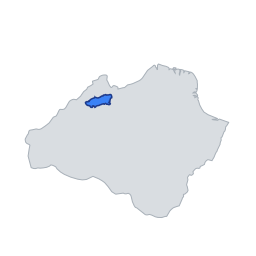 Bali, Taraba, Nigeria shown in context, rotated 201°
{"feature_id": "59680162B98222207712503", "entity_name": "Bali", "entity_type": "district", "adm_level": 2, "iso_a3": "NGA", "parent_name": "Nigeria", "parent_adm1": "Taraba", "projection": "albers", "projection_center": [10.998, 8.109], "detail": "fine", "context": "in_parent", "style": "filled", "palette": "blue", "viewbox_px": 256, "rotation_deg": 201, "n_neighbors": 0, "source": "geoboundaries", "source_scale": "gbopen_adm2", "svg_char_len": 7017}
<svg xmlns="http://www.w3.org/2000/svg" viewBox="0 0 256 256"><g transform="rotate(201 128 128)"><path d="M204.2,56.3L211.2,66.0L212.8,73.2L213.4,76.8L214.5,77.2L216.7,77.3L218.3,78.0L219.2,79.2L219.8,80.3L220.0,81.0L219.5,85.3L219.0,86.9L219.3,89.0L219.3,89.9L219.0,90.6L218.0,91.3L216.7,92.0L213.6,94.1L212.7,94.4L211.4,94.5L210.2,95.0L208.8,96.1L205.9,100.3L203.4,104.5L201.6,111.3L199.4,113.4L199.0,115.3L198.7,119.5L198.4,120.7L198.0,121.1L195.6,121.9L194.2,122.9L193.4,124.8L192.4,131.3L192.0,132.4L191.2,133.5L190.0,134.7L188.9,135.4L186.2,135.9L183.6,140.8L183.5,141.6L182.4,146.1L180.4,149.4L180.3,151.6L177.7,154.5L176.4,156.5L177.8,158.6L177.9,159.0L173.5,162.5L173.3,163.1L173.1,165.5L172.7,166.2L171.9,167.1L170.8,168.1L169.6,168.8L168.2,169.4L166.9,169.6L166.2,169.2L165.8,168.5L165.1,165.5L164.7,164.9L163.8,164.3L160.5,161.0L158.5,159.8L158.0,159.9L157.7,160.2L157.1,161.9L156.5,162.5L155.5,162.7L153.6,162.7L152.3,162.5L151.9,162.1L151.3,160.8L147.1,163.8L145.7,164.5L143.8,168.1L141.2,169.8L139.3,171.3L134.5,176.2L133.5,177.6L132.5,179.7L130.4,188.8L127.0,194.4L126.5,195.6L126.3,195.6L125.9,196.1L124.6,195.8L124.0,194.7L123.2,194.5L121.8,193.0L121.5,193.2L123.0,197.2L122.4,198.7L118.3,198.7L114.7,199.2L112.3,199.1L111.1,198.6L110.6,197.1L110.4,197.2L110.2,198.0L109.4,198.6L106.7,198.7L105.5,197.7L104.5,196.6L103.5,196.1L103.7,196.5L104.9,197.6L104.7,199.2L102.5,201.0L101.1,201.1L100.2,200.3L99.8,199.0L99.6,197.1L99.0,195.9L98.7,195.9L99.1,197.9L99.1,199.9L100.1,201.4L98.5,201.8L96.5,201.8L96.3,201.3L96.1,200.1L95.7,199.7L95.3,201.8L91.3,202.4L90.8,202.3L90.7,201.9L91.0,201.3L90.9,200.4L90.0,201.1L89.9,202.5L89.4,202.7L87.9,202.5L86.2,201.8L83.6,199.9L80.3,196.9L79.8,195.5L78.9,193.9L77.2,189.3L77.6,189.1L78.3,189.4L78.7,189.0L77.3,188.6L77.1,188.3L77.0,187.3L77.1,186.1L79.1,185.5L79.6,184.7L79.9,184.0L77.3,185.1L75.0,183.8L74.5,183.0L74.7,182.4L77.5,182.4L78.5,181.8L77.9,181.6L76.8,181.6L76.5,181.2L76.5,180.3L76.2,180.5L75.7,181.3L74.1,181.9L73.2,181.3L73.1,179.9L72.9,179.3L72.1,178.9L69.3,175.2L65.9,172.2L62.8,170.1L58.0,169.1L48.1,168.9L47.6,168.6L48.2,168.2L49.1,167.9L52.3,166.3L51.8,166.1L48.4,167.0L47.3,167.1L45.8,169.1L36.0,169.3L36.1,168.4L36.6,165.8L37.2,164.0L36.6,161.8L36.5,159.8L36.9,159.2L37.0,158.4L37.0,153.3L37.6,152.6L37.6,152.1L36.6,149.9L36.7,148.2L36.5,146.6L36.2,145.9L36.7,139.7L36.6,138.1L37.0,137.0L37.2,134.3L37.2,131.7L37.9,127.6L42.1,127.1L43.2,125.5L43.8,123.5L43.6,121.4L45.0,119.7L46.7,118.1L46.6,116.4L47.1,115.9L47.9,115.5L49.0,115.3L50.2,114.4L50.9,112.9L51.7,110.5L50.6,108.8L50.7,108.4L51.1,107.5L51.7,106.7L52.3,106.4L53.5,106.6L53.9,106.3L54.7,103.6L54.6,102.9L53.5,101.1L53.0,96.2L52.7,95.6L51.8,94.7L49.6,91.3L49.7,89.6L50.7,87.6L51.3,86.6L52.2,86.1L52.4,85.6L52.1,85.0L51.7,84.6L51.6,83.6L52.1,82.4L52.0,80.9L52.3,73.7L54.2,72.3L57.0,69.9L58.4,67.5L59.2,65.6L60.2,59.4L61.7,58.7L64.4,56.5L68.2,55.2L70.6,54.9L74.8,55.2L77.0,55.0L78.8,53.8L79.6,53.5L80.8,53.3L91.3,56.6L92.2,56.5L93.0,56.7L94.3,57.6L97.4,60.7L100.6,65.4L101.6,66.4L102.6,66.9L103.7,67.1L104.4,67.1L105.2,66.6L106.2,65.8L107.8,65.4L109.1,65.5L115.6,61.9L116.3,61.9L120.3,62.7L125.8,66.3L130.3,68.7L133.4,69.5L137.1,70.1L143.4,70.3L148.2,65.2L150.0,64.2L152.1,63.2L156.6,62.2L163.9,61.6L170.8,61.9L175.1,62.7L179.6,64.4L181.6,65.9L184.7,66.2L186.8,65.9L187.6,64.3L189.8,62.2L193.0,60.3L195.7,59.0L197.9,58.4L199.9,56.9L201.5,56.4L204.2,56.3ZM107.0,200.7L105.4,201.2L104.5,201.1L105.8,199.0L106.5,199.5L107.4,199.7L107.0,200.7Z" fill="#d9dde1" stroke="#a8b0b8" stroke-width="1"/><path d="M172.7,134.8L172.4,134.9L172.2,134.9L172.1,135.0L171.9,135.0L171.4,134.8L171.2,134.7L171.0,134.8L170.8,134.8L170.8,134.7L170.6,134.6L170.6,134.4L170.5,134.2L170.3,134.1L169.9,134.0L169.6,134.1L169.3,134.2L168.8,134.4L168.7,134.8L168.6,135.1L168.5,135.3L168.5,135.5L168.5,135.8L168.8,136.0L168.7,136.1L168.3,136.3L168.2,136.3L167.9,136.3L167.7,136.3L167.3,136.0L167.1,136.0L167.0,135.9L166.8,135.8L166.7,135.8L166.6,135.7L166.4,135.5L166.3,135.4L166.2,135.5L166.0,135.8L165.7,136.2L165.7,136.8L165.5,137.0L165.4,137.1L165.2,137.3L165.0,137.5L164.9,137.7L164.7,137.8L164.4,137.9L164.3,138.0L164.2,138.1L163.8,138.3L163.6,138.4L163.3,138.5L163.2,138.6L163.1,138.8L162.9,139.0L162.6,139.3L162.5,139.5L162.4,139.6L162.2,139.8L161.9,139.9L161.8,140.0L161.7,140.1L161.4,140.3L161.2,140.6L161.0,140.8L160.9,140.9L160.7,141.0L160.4,141.2L160.3,141.3L160.2,141.4L160.1,141.5L159.9,141.6L159.7,141.8L159.4,141.9L159.2,141.9L158.8,141.6L158.6,141.7L157.9,142.9L157.4,142.9L156.5,142.5L155.3,142.9L154.4,142.9L154.2,142.9L154.0,143.0L153.3,143.6L153.3,144.1L153.3,144.3L153.5,144.3L153.6,144.5L153.8,144.8L154.0,144.7L154.1,144.8L154.1,145.0L154.4,145.2L154.4,145.4L154.6,145.3L154.5,145.5L154.7,145.8L154.4,145.8L154.4,146.0L154.4,146.3L154.5,146.4L154.5,146.6L154.6,146.8L154.7,147.0L154.7,147.3L154.7,147.6L154.7,147.8L154.7,148.0L154.8,148.1L154.9,148.3L154.9,148.5L154.9,148.8L154.9,149.1L154.8,149.4L154.8,149.5L154.7,149.7L154.7,149.8L154.4,150.1L154.2,150.2L154.0,150.4L154.0,150.5L154.2,150.8L154.3,151.0L154.4,151.3L154.4,151.5L154.5,151.6L154.7,151.9L154.9,152.0L155.0,152.1L155.1,152.4L155.2,152.5L155.4,152.7L155.5,152.8L155.9,153.0L156.1,153.0L156.3,152.9L156.6,152.9L156.8,152.8L157.0,152.7L157.4,152.3L157.5,152.3L157.6,152.2L157.8,152.0L158.0,151.9L158.3,151.8L158.5,151.7L158.8,151.5L159.0,151.5L159.2,151.4L159.3,151.4L159.5,151.3L159.6,151.2L159.8,151.2L160.0,151.0L160.1,150.9L160.3,150.9L160.5,151.0L160.8,151.2L161.0,151.1L161.2,150.9L161.3,150.8L161.5,150.6L161.8,150.4L162.0,150.2L162.4,150.1L162.6,150.0L162.7,149.9L162.8,149.8L162.8,149.6L162.7,149.4L162.7,149.1L162.9,148.9L163.1,148.8L163.3,148.8L163.4,148.7L163.5,148.7L163.9,148.5L164.0,148.4L164.2,148.2L164.3,148.1L164.4,147.8L164.5,147.7L164.6,147.4L164.8,147.3L164.8,147.1L165.0,147.0L165.1,146.8L165.3,146.7L165.5,146.5L165.6,146.3L165.7,146.2L165.8,146.1L166.0,145.9L166.2,145.7L166.3,145.7L166.5,145.5L166.6,145.4L166.8,145.3L167.0,145.2L167.3,145.1L167.5,145.1L167.8,145.0L168.0,145.0L168.4,145.0L168.5,145.0L168.9,145.0L169.1,145.0L169.2,144.9L169.3,144.9L169.7,144.9L169.8,144.9L169.9,144.7L170.0,144.8L170.0,144.7L169.9,144.6L170.0,144.5L170.0,144.4L170.1,144.2L170.3,144.1L170.4,143.9L170.5,143.9L170.7,143.6L170.8,143.5L171.0,143.4L171.2,143.2L171.3,143.1L171.5,143.0L171.6,142.9L171.8,142.7L172.0,142.4L172.3,142.2L172.5,142.0L172.6,141.9L172.7,141.7L172.9,141.5L173.0,141.4L173.1,141.2L173.2,140.9L173.3,140.8L173.3,140.7L173.5,140.5L173.5,140.4L173.6,140.2L173.7,139.9L173.8,139.8L173.8,139.7L174.0,139.4L174.3,139.2L174.0,138.9L174.3,138.8L174.5,138.5L174.5,138.3L174.8,138.2L175.0,138.0L175.3,137.9L175.5,137.9L175.8,137.9L175.9,137.7L176.0,137.7L176.4,137.3L176.6,137.2L176.7,136.9L176.8,136.7L176.8,136.4L176.7,136.3L176.4,135.9L176.3,135.7L176.2,135.6L175.8,135.4L175.7,135.4L175.3,135.1L175.1,135.0L175.0,134.9L174.5,134.8L174.4,134.7L174.2,134.7L173.9,134.6L173.7,134.7L173.4,134.7L173.3,134.8L173.2,134.8L172.9,134.8L172.7,134.8Z" fill="#3b82f6" stroke="#1e3a8a" stroke-width="1.5"/></g></svg>